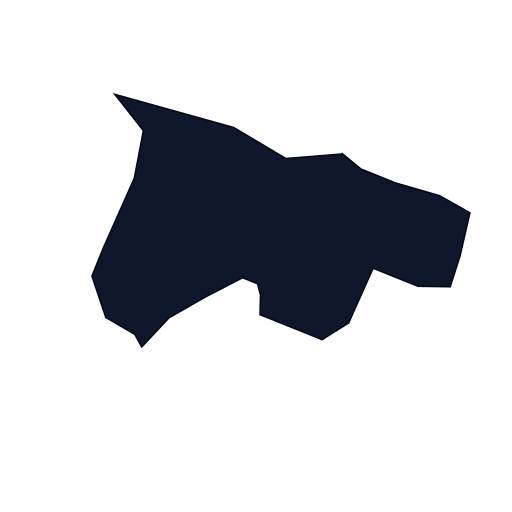 Kävlinge, Skåne, Sweden, rotated 22°
{"feature_id": "70781695B14589656511888", "entity_name": "Kävlinge", "entity_type": "district", "adm_level": 2, "iso_a3": "SWE", "parent_name": "Sweden", "parent_adm1": "Skåne", "projection": "albers", "projection_center": [13.079, 55.8], "detail": "fine", "context": "isolated", "style": "filled", "palette": "ink", "viewbox_px": 512, "rotation_deg": 22, "n_neighbors": 0, "source": "geoboundaries", "source_scale": "gbopen_adm2", "svg_char_len": 575}
<svg xmlns="http://www.w3.org/2000/svg" viewBox="0 0 512 512"><g transform="rotate(22 256 256)"><path d="M64.4,159.0L71.5,163.0L104.6,182.0L114.0,229.4L111.4,305.2L111.4,336.1L139.8,369.3L173.0,374.1L184.1,383.2L198.6,345.8L224.0,313.5L251.7,281.2L267.8,281.2L274.7,290.4L281.7,308.9L307.0,308.9L348.6,308.8L354.4,300.8L367.0,283.4L369.2,223.5L417.6,223.4L442.4,213.8L447.6,211.8L445.2,179.6L438.2,135.8L403.6,131.3L381.1,133.6L357.6,136.0L320.8,136.0L297.7,128.8L297.7,129.1L247.1,154.4L187.2,145.2L64.4,159.0Z" fill="#0f172a" stroke="#020617" stroke-width="1.5"/></g></svg>